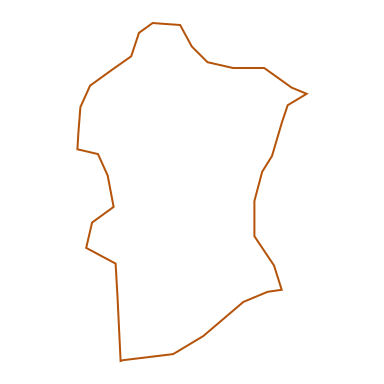 the district of Skurup, Skåne, Sweden
{"feature_id": "70781695B43697052539522", "entity_name": "Skurup", "entity_type": "district", "adm_level": 2, "iso_a3": "SWE", "parent_name": "Sweden", "parent_adm1": "Skåne", "projection": "mercator", "projection_center": [13.579, 55.488], "detail": "fine", "context": "isolated", "style": "outline", "palette": "amber", "viewbox_px": 384, "rotation_deg": 0, "n_neighbors": 0, "source": "geoboundaries", "source_scale": "gbopen_adm2", "svg_char_len": 572}
<svg xmlns="http://www.w3.org/2000/svg" viewBox="0 0 384 384"><path d="M306.6,93.8L291.6,87.6L264.2,68.0L232.9,68.0L207.5,62.2L191.8,46.5L180.1,25.0L161.6,23.7L152.7,23.0L139.0,32.8L131.2,56.3L111.7,70.0L90.1,85.6L86.8,92.9L80.4,107.1L78.4,132.5L77.4,149.3L98.0,154.1L107.7,175.6L113.6,206.9L92.1,222.5L86.2,247.9L115.6,263.6L117.5,296.8L120.6,361.0L122.8,360.2L173.1,354.1L203.2,336.1L243.4,301.9L267.6,291.8L281.7,289.8L274.0,265.5L254.4,236.2L254.4,201.0L262.2,171.7L272.0,156.0L281.8,122.8L287.7,105.2L306.6,93.8Z" fill="none" stroke="#b45309" stroke-width="2"/></svg>